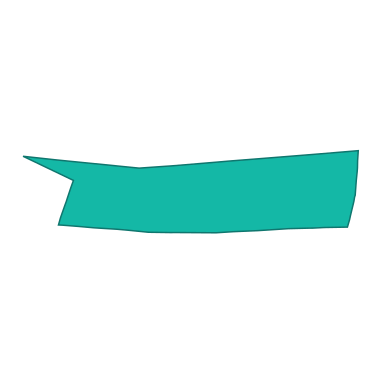 the district of Monsenhor Hipólito, Piauí, Brazil, rotated 88°
{"feature_id": "56859067B86730196244665", "entity_name": "Monsenhor Hipólito", "entity_type": "district", "adm_level": 2, "iso_a3": "BRA", "parent_name": "Brazil", "parent_adm1": "Piauí", "projection": "equal_earth", "projection_center": [-41.027, -6.94], "detail": "fine", "context": "isolated", "style": "filled", "palette": "teal", "viewbox_px": 384, "rotation_deg": 88, "n_neighbors": 0, "source": "geoboundaries", "source_scale": "gbopen_adm2", "svg_char_len": 704}
<svg xmlns="http://www.w3.org/2000/svg" viewBox="0 0 384 384"><g transform="rotate(88 192 192)"><path d="M232.5,37.9L225.2,35.5L220.9,34.4L208.7,31.0L206.8,30.5L202.8,29.7L200.9,29.0L186.1,27.4L177.3,26.2L173.7,25.8L166.4,25.4L156.5,24.4L158.7,70.2L161.4,130.9L162.4,154.3L163.0,165.8L165.2,211.8L165.4,218.3L166.3,244.0L155.2,326.4L150.4,359.6L176.3,310.1L183.6,313.0L193.8,316.8L197.2,318.0L200.6,319.4L213.1,324.3L220.3,326.6L220.6,322.9L222.4,307.0L224.3,291.7L225.3,281.7L226.6,268.3L227.8,258.5L230.7,237.0L231.8,214.7L231.9,210.8L232.2,203.0L233.6,169.4L233.1,152.3L232.9,127.3L232.0,96.9L232.2,76.1L232.3,72.5L232.1,61.0L232.5,37.9Z" fill="#14b8a6" stroke="#0f766e" stroke-width="1.5"/></g></svg>